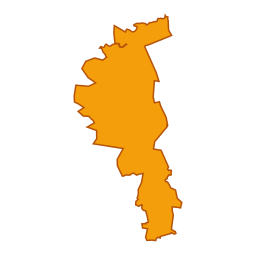 the district of Bacanora, Sonora, Mexico
{"feature_id": "50627088B51830177095427", "entity_name": "Bacanora", "entity_type": "district", "adm_level": 2, "iso_a3": "MEX", "parent_name": "Mexico", "parent_adm1": "Sonora", "projection": "albers", "projection_center": [-109.363, 28.864], "detail": "fine", "context": "isolated", "style": "filled", "palette": "amber", "viewbox_px": 256, "rotation_deg": 0, "n_neighbors": 0, "source": "geoboundaries", "source_scale": "gbopen_adm2", "svg_char_len": 4598}
<svg xmlns="http://www.w3.org/2000/svg" viewBox="0 0 256 256"><path d="M166.3,16.5L166.0,16.5L165.9,16.5L165.7,16.2L165.2,15.4L164.9,17.1L164.9,17.6L164.8,17.8L164.7,17.9L164.6,18.1L164.2,18.4L163.8,18.5L163.5,18.7L163.0,18.6L162.0,18.6L161.5,18.5L161.0,18.3L160.7,18.3L160.4,18.3L160.1,18.5L159.8,18.6L159.3,18.6L158.9,18.5L158.6,18.5L158.2,18.6L157.9,18.6L157.7,18.9L157.5,19.3L157.4,19.9L157.4,20.5L157.3,20.9L157.2,21.0L156.9,21.1L156.6,21.4L156.5,21.5L156.3,21.6L156.2,21.6L155.9,21.7L155.6,21.6L155.2,21.5L154.9,21.5L154.3,21.7L153.4,21.9L152.5,22.3L151.9,22.5L151.1,22.6L150.2,22.6L149.7,22.6L149.4,22.9L149.1,23.2L148.7,23.6L148.3,23.9L147.9,24.2L147.6,24.4L147.1,24.4L147.0,24.6L146.8,24.9L146.6,24.9L146.4,24.9L146.2,24.6L146.0,24.3L145.8,24.0L145.5,23.7L145.2,23.5L144.4,23.4L144.0,23.3L143.7,23.3L143.1,23.1L142.9,23.1L141.5,23.0L140.6,23.2L139.7,23.5L139.1,23.6L138.5,23.4L137.8,23.3L137.0,23.4L136.3,23.6L135.9,23.8L135.5,24.0L135.2,24.1L134.7,24.3L134.1,24.6L133.9,24.8L133.9,25.0L133.9,25.3L133.9,25.7L134.2,25.9L135.0,26.1L135.5,26.3L136.0,26.4L136.6,26.4L137.0,26.8L137.1,27.2L137.0,27.7L136.9,28.0L136.8,28.5L136.5,29.1L136.3,29.5L136.1,29.9L135.8,30.1L135.5,30.4L135.1,30.9L134.5,31.5L133.9,31.7L133.2,31.8L132.5,31.8L131.8,31.7L131.5,31.6L131.2,31.3L131.0,31.1L130.7,30.8L130.5,30.6L130.2,30.5L130.0,30.3L129.4,30.0L128.8,29.7L128.2,29.5L127.2,29.3L126.9,29.2L126.7,29.3L126.5,29.5L126.3,29.8L126.1,30.3L126.0,30.8L125.9,31.0L125.6,31.4L125.4,31.6L125.3,32.0L124.7,31.6L114.3,25.6L113.9,32.3L113.9,33.5L115.0,43.4L116.2,43.4L117.5,43.4L118.6,43.5L119.0,43.6L119.2,43.8L119.4,44.0L119.5,44.2L119.5,44.5L119.4,45.1L119.4,45.3L119.4,45.6L119.4,45.9L119.5,46.1L119.7,46.4L120.0,46.6L120.8,46.8L121.7,46.9L122.5,46.7L123.2,46.3L124.0,45.7L124.7,45.1L125.7,44.5L126.3,44.0L126.6,44.3L126.0,44.7L125.1,45.4L123.9,46.4L123.4,46.8L122.6,47.1L121.8,47.2L120.7,47.2L120.1,47.0L119.7,46.8L119.4,46.6L119.2,46.4L119.1,46.1L119.1,45.8L119.0,44.8L118.9,44.2L118.7,44.0L118.5,43.9L118.1,43.9L117.3,43.8L116.0,43.8L115.0,43.8L113.6,44.1L112.4,44.6L111.8,45.0L111.2,45.4L110.9,45.7L110.6,45.9L110.2,46.1L109.7,46.2L109.2,46.2L108.6,46.0L107.8,45.5L107.5,45.2L107.1,44.9L106.7,44.5L106.5,44.3L106.2,44.2L105.9,44.3L105.7,44.5L105.4,44.9L105.1,45.1L105.0,45.3L104.9,45.6L104.8,45.9L104.6,46.4L104.5,46.6L104.4,46.8L104.3,47.0L104.1,47.1L103.7,47.3L103.2,47.4L102.7,47.4L102.2,47.2L101.7,46.9L101.2,46.7L100.6,46.7L99.7,48.1L101.0,48.0L101.8,48.7L103.0,51.8L105.5,55.0L105.7,56.2L106.6,57.1L102.8,60.1L94.7,58.0L85.8,61.3L81.9,68.7L88.2,77.7L92.3,80.5L95.6,82.9L88.6,86.3L75.9,85.2L74.2,96.0L74.4,100.1L74.5,102.0L78.8,104.1L83.9,107.6L78.1,111.4L83.4,116.1L88.8,116.3L89.7,117.3L91.6,119.3L93.1,120.3L94.3,122.9L87.2,127.1L96.6,130.5L96.7,138.7L93.3,143.8L123.2,148.5L117.2,159.4L117.4,165.8L118.4,167.9L122.4,176.1L122.8,176.2L123.2,176.1L126.0,175.0L129.9,175.1L131.3,173.9L133.5,173.1L136.7,175.1L139.4,174.1L143.1,173.5L141.6,182.2L138.2,189.8L138.3,194.5L137.1,198.2L138.2,199.2L135.9,201.4L135.7,204.9L138.9,206.3L141.3,204.7L142.3,205.3L141.8,206.4L141.9,208.7L143.6,210.4L144.9,210.7L145.6,210.7L145.7,210.8L147.1,215.9L147.2,216.2L148.3,222.3L145.7,223.0L145.8,223.7L141.9,223.8L142.6,228.0L147.5,228.7L147.0,231.1L145.6,237.3L146.8,240.3L148.1,240.3L148.6,240.3L152.3,240.1L155.7,240.6L156.1,239.0L157.6,237.3L160.2,238.0L160.1,236.5L168.9,234.0L171.0,233.4L171.2,232.7L171.8,232.7L174.2,234.1L175.9,233.4L175.4,231.7L171.4,229.5L172.0,224.7L173.3,215.4L172.1,209.9L172.1,209.6L172.4,206.8L178.5,207.5L180.5,207.9L181.8,202.5L177.1,198.1L176.9,196.8L176.9,196.5L175.5,190.0L170.6,187.8L170.3,187.2L169.8,185.8L169.3,184.9L168.9,184.1L168.4,183.4L168.0,182.6L167.0,181.8L165.8,181.7L165.5,180.9L165.1,180.5L165.5,179.5L166.1,179.1L166.7,178.9L167.2,178.6L167.2,177.0L167.8,176.5L168.9,174.9L170.3,175.2L171.2,174.8L171.2,174.2L171.1,173.6L171.0,173.1L171.0,172.8L171.0,172.6L171.0,172.3L171.3,171.7L171.4,171.4L171.4,171.2L171.4,170.9L171.2,170.3L169.5,170.1L168.8,170.5L167.6,169.1L168.0,167.9L168.5,167.1L161.1,150.3L153.5,149.0L154.7,141.6L167.3,126.5L166.9,125.2L167.6,125.2L166.2,117.6L164.9,114.8L162.9,110.7L161.5,107.7L160.8,106.3L159.4,101.8L159.1,101.9L157.8,102.1L154.4,102.8L153.6,98.6L153.4,98.6L153.2,96.6L154.4,80.7L159.0,81.4L156.3,73.0L156.2,72.5L155.8,71.6L155.7,71.5L144.6,46.5L145.3,45.7L148.6,44.8L171.6,35.4L171.4,35.1L171.3,34.9L168.6,30.1L168.5,28.6L168.2,20.6L167.9,20.2L167.8,18.9L167.8,18.6L167.7,18.3L167.7,18.0L167.7,17.8L167.9,17.5L167.9,17.0L167.5,16.8L167.2,16.8L166.9,16.8L166.7,16.7L166.3,16.5Z" fill="#f59e0b" stroke="#b45309" stroke-width="1.5"/></svg>